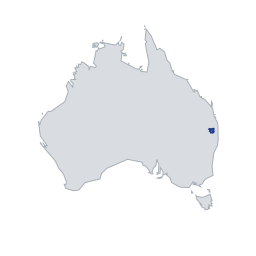 location of Glen Innes Severn, New South Wales, Australia, rotated 348°
{"feature_id": "25037944B18987498065819", "entity_name": "Glen Innes Severn", "entity_type": "district", "adm_level": 2, "iso_a3": "AUS", "parent_name": "Australia", "parent_adm1": "New South Wales", "projection": "equal_earth", "projection_center": [152.111, -29.631], "detail": "fine", "context": "in_parent", "style": "filled", "palette": "blue", "viewbox_px": 256, "rotation_deg": 348, "n_neighbors": 0, "source": "geoboundaries", "source_scale": "gbopen_adm2", "svg_char_len": 4863}
<svg xmlns="http://www.w3.org/2000/svg" viewBox="0 0 256 256"><g transform="rotate(348 128 128)"><path d="M169.8,42.8L172.6,57.4L175.8,56.7L179.5,61.0L180.2,69.8L182.4,72.9L183.1,81.1L184.7,85.3L195.4,93.1L199.6,105.9L200.8,106.6L201.0,104.3L203.3,106.6L203.7,105.5L204.7,111.9L206.1,113.9L209.0,115.9L214.9,126.6L214.6,133.8L216.8,142.3L213.8,158.1L211.8,163.8L206.8,170.2L202.3,182.7L201.3,192.0L192.8,194.2L188.7,198.2L186.1,198.5L186.9,200.7L182.8,197.5L183.3,196.7L183.0,195.9L182.3,195.8L181.0,197.3L179.9,196.4L181.5,195.1L180.6,194.0L175.2,199.0L166.4,196.5L159.4,190.5L158.9,185.7L155.5,181.3L156.8,181.5L156.7,180.2L152.2,181.5L153.4,178.2L151.4,173.5L150.0,178.9L146.7,179.4L147.1,177.6L148.7,177.6L150.5,170.2L149.6,164.6L147.6,170.5L144.4,172.7L142.3,176.2L142.8,178.0L141.4,177.8L139.1,175.8L140.4,175.8L139.2,172.3L136.9,168.4L135.1,167.9L134.6,164.4L121.0,158.5L99.2,163.0L92.5,167.0L90.0,172.1L74.7,172.4L67.1,178.4L61.4,178.0L54.5,174.0L53.9,169.8L55.5,170.5L56.5,168.0L55.4,159.6L52.0,153.2L50.0,145.0L40.7,127.9L43.8,129.8L41.5,124.5L43.0,127.6L45.3,128.5L40.6,117.7L41.8,102.6L42.6,106.2L44.8,102.3L53.0,95.3L56.2,95.7L71.7,89.1L77.1,80.1L76.4,74.2L79.4,70.0L82.4,76.6L83.6,72.9L81.7,70.3L82.2,68.7L87.4,69.8L85.8,69.2L86.7,66.6L85.7,64.3L88.5,64.0L87.4,62.3L89.7,62.0L88.8,59.6L90.7,56.8L90.9,58.5L92.5,58.3L92.6,55.1L94.9,56.2L96.3,53.7L98.9,55.4L102.4,59.8L102.0,63.3L104.1,60.0L109.0,62.2L109.9,60.3L107.7,57.6L112.9,45.7L114.0,46.5L115.9,43.5L116.6,44.8L122.3,43.8L122.1,40.9L118.2,38.8L118.8,38.1L132.8,44.3L136.8,42.0L135.9,44.4L137.6,45.7L139.7,42.8L141.6,45.2L139.5,50.5L137.1,51.0L137.3,54.9L135.2,60.9L148.0,71.7L151.5,72.8L152.6,75.4L158.3,77.2L162.2,67.8L162.2,54.0L162.7,48.8L164.2,47.6L163.0,45.2L166.4,35.2L169.8,42.8ZM180.4,208.9L186.9,211.5L194.5,209.9L195.2,217.0L194.6,215.7L193.9,217.3L193.8,221.9L191.1,220.0L189.5,224.3L186.2,224.0L186.8,222.8L183.9,220.7L182.6,217.1L183.9,217.8L180.7,212.7L180.4,208.9ZM111.6,38.1L115.6,38.1L116.9,39.6L114.3,42.6L111.6,38.1ZM145.5,183.0L152.1,182.8L149.3,184.0L145.5,183.0ZM140.7,54.1L141.6,57.0L139.0,56.5L139.4,54.4L140.7,54.1ZM214.5,125.4L214.3,122.1L215.3,119.4L215.7,121.4L214.5,125.4ZM192.6,204.6L194.8,205.2L194.9,206.2L192.6,204.6ZM111.2,39.0L112.7,42.0L110.2,41.8L111.2,39.0ZM177.9,205.1L176.6,204.8L177.2,203.1L177.9,205.1ZM154.5,70.5L153.3,71.4L152.1,71.9L152.7,70.2L154.5,70.5ZM40.6,127.2L39.5,125.6L39.2,124.1L39.4,124.1L40.6,127.2ZM194.4,207.2L195.3,207.9L193.6,207.3L194.4,207.2ZM205.5,112.4L206.4,112.4L206.4,113.8L205.5,112.4ZM183.4,80.9L184.5,81.8L184.3,82.3L183.4,80.9ZM191.1,222.6L191.2,223.7L190.4,223.4L191.1,222.6ZM216.0,135.0L216.1,136.8L216.0,135.0ZM121.8,38.0L121.1,37.2L121.5,36.8L121.8,38.0ZM140.5,38.2L139.5,39.6L140.6,37.0L140.5,38.2ZM216.1,132.9L215.7,133.5L216.0,132.8L216.1,132.9ZM142.5,65.3L142.0,65.6L142.3,64.9L142.5,65.3ZM138.7,54.0L138.0,54.1L138.4,53.2L138.7,54.0ZM47.4,95.4L47.3,96.6L47.0,96.5L47.4,95.4ZM165.2,34.5L165.2,35.5L164.9,34.8L165.2,34.5ZM182.3,196.3L182.5,196.8L182.2,196.7L182.3,196.3ZM139.3,40.1L138.0,41.1L139.3,39.8L139.3,40.1ZM88.8,58.1L88.4,58.8L88.6,58.0L88.8,58.1ZM191.5,221.7L191.1,222.0L191.3,221.5L191.5,221.7ZM154.0,74.0L153.3,74.0L153.7,73.4L154.0,74.0ZM86.4,63.5L86.0,63.9L86.0,62.9L86.4,63.5ZM194.5,219.3L194.0,219.6L194.1,219.0L194.5,219.3ZM165.6,31.7L165.6,32.4L165.2,32.1L165.6,31.7ZM182.0,197.0L182.6,197.6L181.6,197.4L182.0,197.0ZM196.6,93.1L196.2,93.1L196.3,92.3L196.6,93.1ZM200.6,104.2L200.4,104.2L200.5,103.6L200.6,104.2ZM180.6,208.0L180.5,208.5L180.3,207.9L180.6,208.0Z" fill="#d9dde1" stroke="#a8b0b8" stroke-width="1"/><path d="M211.0,149.6L210.9,149.6L211.0,149.6L210.9,149.6L211.0,149.5L210.9,149.5L211.0,149.4L211.0,149.5L211.0,149.4L211.0,149.2L210.9,149.1L210.7,149.2L210.6,149.3L210.5,149.2L210.5,148.9L210.6,148.7L210.8,148.6L210.9,148.4L210.9,148.2L211.0,148.2L211.2,147.9L211.3,147.4L211.4,147.2L211.5,147.2L211.5,146.8L211.5,146.7L211.7,146.4L211.2,146.2L211.1,146.3L210.9,146.4L210.4,146.3L210.3,146.2L210.2,146.2L210.0,146.3L210.0,146.2L210.0,146.3L209.9,146.3L209.9,146.5L209.7,146.6L209.4,146.6L209.2,146.6L208.9,146.7L209.0,146.7L208.9,146.6L208.9,146.4L208.6,146.2L208.4,146.2L208.4,146.3L208.2,146.2L208.1,145.9L207.9,145.7L207.5,145.6L207.5,145.8L207.4,145.8L207.3,146.0L207.4,146.3L207.5,146.3L207.4,146.4L207.5,146.5L207.4,146.5L207.5,146.6L207.5,146.8L207.5,147.1L207.6,147.3L207.6,147.5L207.6,147.8L207.7,148.0L207.8,148.0L207.7,148.1L207.8,148.1L207.7,148.2L207.7,148.3L207.8,148.3L207.7,148.4L207.7,148.5L207.8,148.6L207.8,148.8L207.9,149.0L207.9,149.3L208.0,149.3L208.0,149.2L208.0,149.3L208.0,149.5L208.2,149.8L208.3,149.8L208.3,150.0L208.7,150.0L209.1,150.0L209.3,150.0L209.5,150.0L209.8,150.0L210.0,150.0L210.3,149.9L210.3,150.0L210.4,149.9L210.4,149.7L210.5,149.7L210.6,149.8L210.8,149.9L210.9,149.7L211.0,149.6Z" fill="#3b82f6" stroke="#1e3a8a" stroke-width="1.5"/></g></svg>